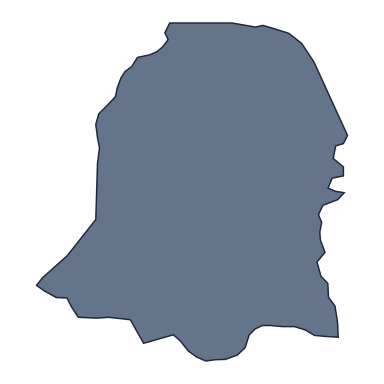 outline of Assunção, Paraíba, Brazil
{"feature_id": "56859067B95091211309862", "entity_name": "Assunção", "entity_type": "district", "adm_level": 2, "iso_a3": "BRA", "parent_name": "Brazil", "parent_adm1": "Paraíba", "projection": "orthographic", "projection_center": [-36.706, -7.073], "detail": "fine", "context": "isolated", "style": "filled", "palette": "slate", "viewbox_px": 384, "rotation_deg": 0, "n_neighbors": 0, "source": "geoboundaries", "source_scale": "gbopen_adm2", "svg_char_len": 1069}
<svg xmlns="http://www.w3.org/2000/svg" viewBox="0 0 384 384"><path d="M301.7,43.5L288.9,33.4L271.2,27.8L262.7,25.4L255.5,27.1L232.2,23.0L169.7,23.0L164.9,32.8L168.1,39.6L162.5,47.1L156.4,52.0L149.1,55.0L137.5,57.4L131.6,66.7L125.1,71.4L121.1,77.6L117.2,88.1L115.5,96.6L107.5,105.1L98.7,113.9L95.8,124.5L97.5,137.7L99.5,148.0L97.5,163.3L95.8,219.5L67.3,255.6L42.5,277.8L36.5,285.4L44.5,291.0L56.2,297.5L67.0,298.0L71.4,306.8L78.3,317.3L96.6,318.1L108.8,317.3L130.3,319.7L143.6,343.3L173.3,334.8L180.2,340.8L188.2,350.9L196.6,357.0L205.7,361.0L215.4,359.7L225.4,359.4L237.4,355.0L245.1,347.7L249.1,335.1L255.1,329.0L262.4,325.5L270.9,325.5L282.4,326.6L294.5,326.6L304.9,329.8L314.5,335.4L325.3,336.4L338.2,337.2L337.5,322.2L335.0,306.0L328.5,297.2L327.8,283.5L320.9,276.1L317.0,262.0L325.0,252.3L320.4,240.1L319.8,231.9L321.7,222.6L318.5,214.6L322.9,205.3L337.8,199.6L344.2,192.7L335.3,191.3L328.1,188.0L332.1,178.2L343.4,175.9L343.4,166.9L333.2,158.5L335.7,145.9L343.4,143.6L347.5,135.4L314.0,62.1L301.7,43.5Z" fill="#64748b" stroke="#1e293b" stroke-width="1.5"/></svg>